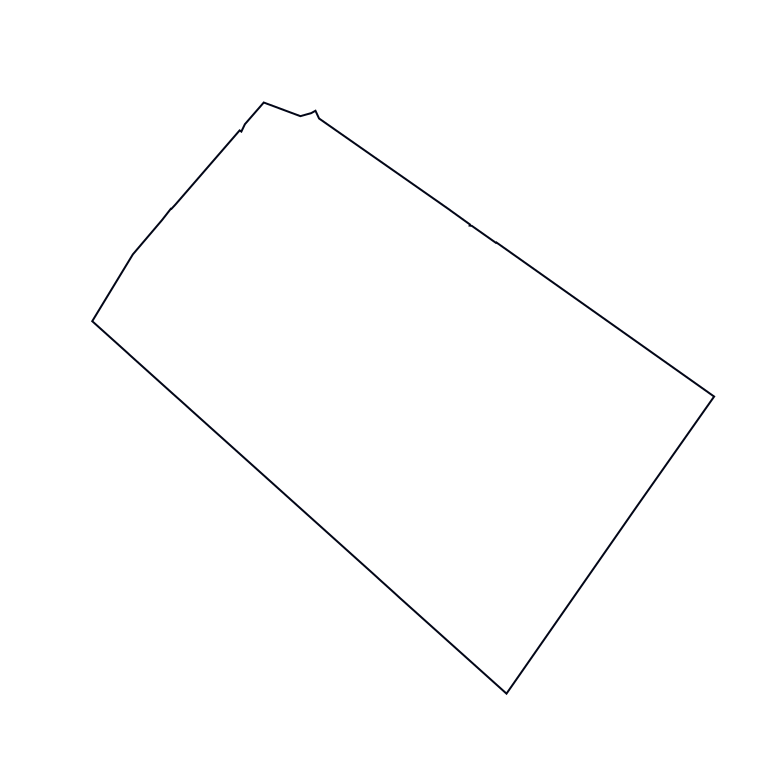 the district of Orange, North Carolina, United States of America, rotated 124°
{"feature_id": "52423323B59069176742644", "entity_name": "Orange", "entity_type": "district", "adm_level": 2, "iso_a3": "USA", "parent_name": "United States of America", "parent_adm1": "North Carolina", "projection": "albers", "projection_center": [-79.134, 36.052], "detail": "fine", "context": "isolated", "style": "outline", "palette": "ink", "viewbox_px": 768, "rotation_deg": 124, "n_neighbors": 0, "source": "geoboundaries", "source_scale": "gbopen_adm2", "svg_char_len": 682}
<svg xmlns="http://www.w3.org/2000/svg" viewBox="0 0 768 768"><g transform="rotate(124 384 384)"><path d="M209.8,103.3L203.8,370.0L204.4,370.1L203.8,399.6L204.8,401.6L203.7,401.9L203.0,425.5L202.9,426.8L200.2,586.3L195.8,593.6L200.1,595.8L208.7,603.1L217.9,641.1L218.0,641.1L246.4,644.6L254.5,643.4L254.5,645.5L352.1,657.3L357.8,658.2L357.9,658.7L372.3,659.7L417.0,664.7L495.1,661.0L501.8,613.0L502.1,611.3L503.2,603.5L510.2,553.5L511.8,541.6L513.5,529.7L517.2,503.2L518.0,497.4L527.8,426.9L547.6,285.1L548.8,277.0L551.4,258.6L552.5,251.3L572.2,109.3L361.9,106.2L354.5,106.1L342.1,105.9L336.7,105.8L331.6,105.7L209.8,103.3Z" fill="none" stroke="#020617" stroke-width="2"/></g></svg>